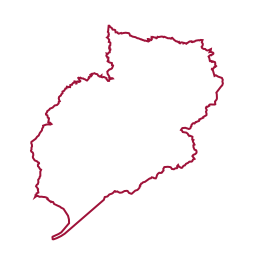 Andilamena, Alaotra-Mangoro, Madagascar (Natural Earth projection), rotated 265°
{"feature_id": "10022922B97539486376385", "entity_name": "Andilamena", "entity_type": "district", "adm_level": 2, "iso_a3": "MDG", "parent_name": "Madagascar", "parent_adm1": "Alaotra-Mangoro", "projection": "natural_earth1", "projection_center": [48.448, -16.737], "detail": "fine", "context": "isolated", "style": "outline", "palette": "rose", "viewbox_px": 256, "rotation_deg": 265, "n_neighbors": 0, "source": "geoboundaries", "source_scale": "gbopen_adm2", "svg_char_len": 5871}
<svg xmlns="http://www.w3.org/2000/svg" viewBox="0 0 256 256"><g transform="rotate(265 128 128)"><path d="M216.5,159.4L215.5,159.2L214.6,159.6L213.6,158.9L214.1,157.4L214.8,156.5L214.9,155.6L214.0,155.7L213.6,156.3L212.8,156.7L212.4,155.8L213.5,153.1L213.5,152.0L214.1,151.3L214.3,150.4L215.1,149.2L215.0,148.9L216.4,146.3L216.6,145.2L217.8,143.4L218.7,140.4L219.6,139.2L219.8,138.2L222.0,137.5L222.4,137.1L223.1,134.0L223.0,131.5L222.7,130.0L223.3,129.5L222.8,127.0L223.4,126.1L224.2,125.8L224.4,124.0L226.6,123.8L227.1,122.9L227.4,121.2L229.1,120.5L230.4,118.8L231.2,118.6L231.7,117.9L232.4,117.8L226.4,116.7L225.5,116.3L224.6,116.9L222.6,117.1L222.1,116.5L221.3,116.7L220.0,115.0L219.4,115.8L217.4,117.0L215.4,116.4L215.1,117.4L214.3,117.9L211.8,117.5L211.1,116.5L210.0,116.8L209.6,116.2L208.6,116.2L208.1,117.3L207.4,117.3L206.6,116.6L205.0,116.4L204.7,115.3L203.5,114.2L204.0,113.2L203.2,113.3L201.8,112.7L200.7,113.6L200.1,113.5L199.9,114.6L199.6,114.7L198.1,114.2L197.1,114.5L196.8,114.3L196.7,113.7L196.2,113.5L194.9,115.3L194.1,117.6L192.1,117.5L191.7,118.5L191.4,118.6L188.8,117.2L188.1,115.9L188.0,114.7L186.0,112.3L183.7,112.4L180.9,113.9L179.7,113.6L179.3,114.4L178.9,117.0L178.6,117.2L178.3,114.2L177.6,113.5L176.6,113.3L176.6,112.2L178.7,110.8L179.5,110.9L181.0,108.3L180.7,106.9L181.1,105.9L182.6,106.1L181.7,104.9L181.7,104.1L182.4,103.5L182.7,102.9L184.2,102.2L184.8,100.4L185.5,99.3L185.1,98.1L185.2,96.9L184.4,95.3L184.0,95.6L183.9,96.6L183.6,96.6L182.5,95.4L182.7,94.5L182.3,93.6L181.9,93.3L181.2,93.7L178.9,91.4L179.0,90.9L180.3,89.3L180.6,88.4L181.2,87.8L181.4,86.3L182.3,84.9L181.9,84.2L182.4,83.1L182.2,82.8L181.7,83.0L178.9,84.6L178.3,84.0L178.1,83.0L178.8,82.2L178.7,81.5L178.0,80.8L176.9,80.7L176.8,80.3L178.7,80.1L179.1,78.7L177.8,78.2L177.7,77.4L176.8,76.3L176.0,76.1L175.9,74.3L173.8,73.9L174.0,73.0L173.8,72.3L174.3,71.7L174.5,70.7L172.8,70.2L172.8,69.1L170.7,67.7L170.0,65.9L168.3,65.8L167.4,64.5L166.2,64.0L165.7,63.0L164.9,62.0L163.6,61.6L161.7,61.9L160.6,62.4L160.1,61.3L158.5,61.0L157.1,59.3L156.8,56.9L154.9,54.7L154.0,51.8L153.2,51.3L151.7,48.9L150.9,48.8L149.4,47.5L148.5,47.5L147.6,48.8L145.3,49.0L144.8,50.0L144.3,50.1L140.7,49.1L140.1,50.8L138.6,52.1L138.2,51.0L138.6,48.6L138.5,46.7L137.7,43.6L136.5,43.7L134.9,42.5L133.1,42.0L130.8,39.8L128.3,38.4L127.2,36.7L125.3,35.1L122.6,30.6L121.4,30.3L119.8,30.8L118.1,30.8L116.8,30.1L114.9,30.0L114.0,29.4L113.0,29.6L111.8,31.0L110.7,31.3L109.2,31.3L107.8,30.7L106.7,30.7L103.9,32.2L102.7,34.5L102.0,35.0L101.2,36.2L100.4,36.3L99.7,35.3L99.1,35.0L97.7,35.0L96.9,35.8L95.0,36.6L94.0,37.8L92.1,36.8L87.9,36.5L87.3,35.9L85.9,35.5L84.2,34.0L81.8,34.0L80.0,33.3L79.4,32.2L78.0,31.3L75.1,33.1L74.7,33.1L74.4,32.8L71.5,33.1L70.8,31.2L69.5,30.9L69.2,30.0L68.4,30.0L67.3,29.4L68.0,30.5L68.2,32.2L67.2,33.8L67.1,36.0L66.5,38.3L66.5,39.0L65.7,40.9L64.9,41.8L64.5,41.4L64.1,41.4L62.8,43.0L61.9,43.6L61.7,44.6L60.9,44.9L61.1,45.7L60.7,47.0L58.7,47.8L55.3,53.7L54.5,54.4L53.1,56.7L45.8,60.6L42.1,61.2L38.3,61.0L29.9,52.5L28.4,49.5L26.3,43.5L25.9,43.2L23.8,43.3L23.6,44.2L24.5,47.5L26.2,51.9L28.2,55.7L58.6,97.7L61.2,98.8L61.6,101.6L63.4,103.6L64.0,106.2L64.8,107.6L66.3,109.2L66.2,109.7L65.6,110.1L65.7,112.0L65.1,112.6L64.2,114.3L64.3,116.4L65.5,119.0L65.5,121.4L65.3,122.1L63.3,123.3L62.2,125.5L62.2,126.0L65.0,129.8L65.4,131.8L66.0,132.7L67.6,134.3L68.8,134.6L69.1,135.1L69.8,134.9L70.2,135.2L70.4,135.7L71.5,136.3L71.7,137.2L72.6,138.3L72.9,140.2L75.8,145.1L75.9,146.4L76.8,147.3L76.4,148.7L75.7,149.7L75.4,151.3L76.3,151.9L78.7,152.9L79.8,153.8L80.7,155.2L80.3,156.9L80.8,158.2L81.4,158.3L82.5,159.7L84.2,159.6L85.9,160.8L85.9,164.3L85.4,166.6L84.9,167.4L83.4,168.1L82.9,170.1L83.7,171.6L83.7,173.3L84.2,173.7L85.7,173.6L86.8,174.7L85.2,175.3L83.7,177.4L83.6,178.1L83.9,178.7L84.9,179.3L85.8,180.8L85.8,181.4L87.3,182.7L88.0,184.7L89.1,186.2L89.0,188.5L89.5,189.2L90.8,189.9L91.4,191.6L94.4,189.7L95.6,190.8L96.1,192.6L97.0,193.8L97.9,194.2L99.1,194.2L99.9,193.9L100.6,192.4L103.0,191.6L105.1,191.6L105.6,192.8L108.8,191.5L109.6,191.5L110.3,192.1L110.9,191.0L113.7,191.4L114.9,189.1L114.7,188.3L115.2,188.2L116.0,187.3L117.0,187.1L118.3,185.7L119.2,182.2L120.9,181.4L121.4,180.6L122.9,181.8L123.2,182.4L123.2,185.1L121.7,188.6L122.0,189.6L122.7,190.4L123.8,190.7L124.4,191.4L125.3,191.4L126.8,192.8L127.1,193.5L126.7,194.7L128.0,195.9L127.9,196.6L128.3,197.2L128.8,199.3L129.4,199.8L130.3,199.7L131.7,203.9L132.4,203.9L133.9,207.2L135.2,207.5L137.4,207.1L139.0,208.0L141.1,207.3L142.3,208.0L142.4,208.4L142.1,208.7L142.6,210.0L143.3,210.6L143.2,210.9L143.9,211.0L144.3,211.8L143.8,216.4L144.0,217.0L146.8,217.0L148.7,218.8L149.9,219.2L153.9,219.4L155.5,219.1L161.2,224.3L162.3,225.6L164.2,226.4L166.1,226.1L167.7,226.6L169.7,225.9L171.3,222.3L172.9,220.1L172.3,218.7L177.6,217.7L179.3,216.6L179.7,216.8L179.6,218.1L181.3,219.4L181.2,220.2L182.0,221.2L183.2,220.3L185.0,220.6L186.2,220.2L186.5,219.2L186.5,217.3L186.8,217.1L187.2,217.6L187.7,216.2L187.4,215.6L187.6,215.4L190.5,215.1L192.2,214.5L193.5,216.4L193.2,217.2L193.7,217.6L193.8,218.5L194.4,219.4L195.1,219.6L195.6,219.3L196.6,217.3L196.5,216.0L198.4,217.3L199.4,217.5L198.4,214.9L198.3,213.8L198.7,212.9L200.0,211.7L200.2,210.2L201.1,208.9L202.4,208.4L203.6,209.5L204.8,209.8L205.5,209.8L206.9,209.0L209.1,209.9L209.4,208.1L209.0,207.0L209.3,206.4L209.2,204.1L209.0,202.8L208.3,201.8L208.4,201.2L207.9,199.8L208.1,199.0L208.8,199.0L208.9,198.6L208.8,196.8L206.9,193.5L207.4,193.2L207.3,192.7L207.9,191.3L207.6,190.7L208.0,190.7L208.6,189.1L208.6,188.2L207.8,187.2L208.2,186.5L209.4,186.3L209.3,185.4L210.1,184.2L210.1,183.6L211.6,181.8L214.0,179.9L213.9,179.3L213.4,179.1L213.2,178.7L213.8,177.3L213.9,175.6L215.7,172.3L215.4,171.2L215.9,170.8L216.2,169.1L215.9,166.4L216.3,165.4L215.0,164.5L214.9,164.0L215.5,163.6L215.9,162.7L215.9,162.0L216.6,160.6L216.2,159.9L216.5,159.4Z" fill="none" stroke="#9f1239" stroke-width="2"/></g></svg>